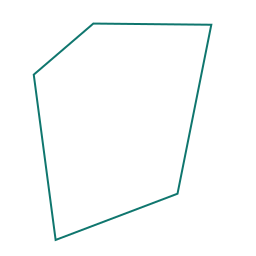 the district of Emporia, Virginia, United States of America, rotated 176°
{"feature_id": "52423323B31228113371343", "entity_name": "Emporia", "entity_type": "district", "adm_level": 2, "iso_a3": "USA", "parent_name": "United States of America", "parent_adm1": "Virginia", "projection": "robinson", "projection_center": [-77.532, 36.696], "detail": "fine", "context": "isolated", "style": "outline", "palette": "teal", "viewbox_px": 256, "rotation_deg": 176, "n_neighbors": 0, "source": "geoboundaries", "source_scale": "gbopen_adm2", "svg_char_len": 232}
<svg xmlns="http://www.w3.org/2000/svg" viewBox="0 0 256 256"><g transform="rotate(176 128 128)"><path d="M83.2,59.0L37.7,225.2L155.3,234.6L218.3,187.8L208.0,21.4L83.2,59.0Z" fill="none" stroke="#0f766e" stroke-width="2"/></g></svg>